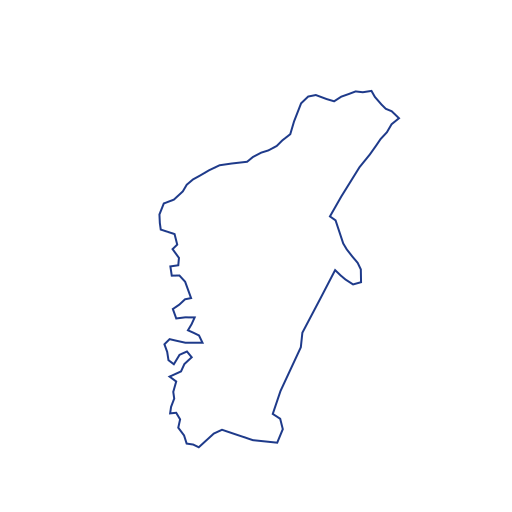 Quatro Pontes, Paraná, Brazil, rotated 206°
{"feature_id": "56859067B95134606525009", "entity_name": "Quatro Pontes", "entity_type": "district", "adm_level": 2, "iso_a3": "BRA", "parent_name": "Brazil", "parent_adm1": "Paraná", "projection": "mercator", "projection_center": [-53.971, -24.574], "detail": "fine", "context": "isolated", "style": "outline", "palette": "blue", "viewbox_px": 512, "rotation_deg": 206, "n_neighbors": 0, "source": "geoboundaries", "source_scale": "gbopen_adm2", "svg_char_len": 1507}
<svg xmlns="http://www.w3.org/2000/svg" viewBox="0 0 512 512"><g transform="rotate(206 256 256)"><path d="M187.9,442.5L197.5,445.6L203.9,445.2L209.5,447.1L218.9,451.1L224.6,455.0L231.8,450.0L238.6,447.6L243.4,442.5L249.2,436.6L253.6,429.3L261.4,428.0L272.8,426.9L279.0,422.2L282.4,413.0L280.8,393.6L278.6,380.5L283.0,371.5L285.6,364.0L291.2,356.3L296.6,351.2L302.2,343.6L305.3,336.8L318.5,328.4L328.5,321.6L335.6,312.7L342.3,302.7L346.2,297.2L349.5,289.7L350.1,282.0L354.5,270.7L361.9,262.8L361.0,251.0L356.9,243.5L353.2,238.0L338.8,240.0L331.8,231.7L334.0,225.6L324.4,220.5L321.8,213.6L328.4,209.1L323.1,201.4L316.3,204.9L308.4,201.8L301.8,195.4L295.9,189.7L300.8,186.0L303.6,178.7L307.5,171.9L300.3,164.9L292.8,169.8L284.2,173.9L284.0,166.4L284.6,159.4L278.4,159.6L272.4,159.6L266.1,154.6L281.4,147.1L291.4,144.7L297.2,143.4L299.6,136.5L293.8,130.9L289.0,124.0L282.4,122.7L281.4,133.7L276.2,139.9L269.4,136.8L273.0,127.5L272.8,119.4L280.8,109.7L272.7,108.2L270.8,97.6L267.0,92.0L266.2,83.2L264.2,76.9L259.0,80.1L252.6,75.9L250.6,67.6L242.0,63.2L236.1,57.0L229.8,59.0L223.6,59.0L216.1,77.9L210.4,84.9L178.1,89.1L155.1,97.5L156.0,112.1L162.9,120.3L171.7,121.4L174.8,145.4L175.7,193.6L180.7,207.4L179.5,246.2L178.7,278.0L171.3,275.6L165.3,274.1L156.3,273.0L150.1,278.5L155.9,289.9L161.6,294.4L169.3,297.8L177.3,301.7L183.1,305.5L200.1,322.9L206.9,324.0L205.4,347.1L201.9,381.2L198.2,397.1L196.4,408.1L195.3,415.7L192.6,424.6L191.9,433.9L187.9,442.5Z" fill="none" stroke="#1e3a8a" stroke-width="2"/></g></svg>